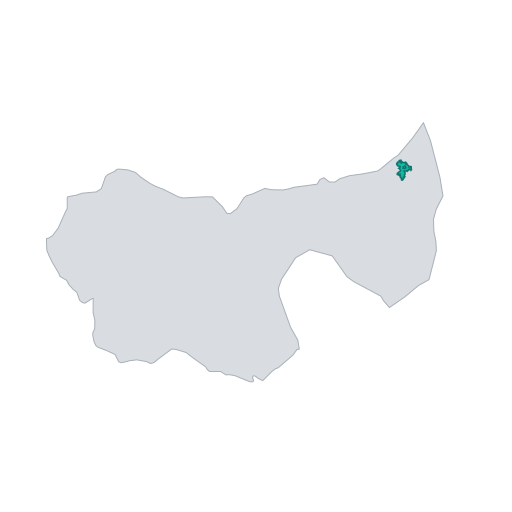 Priekules pag., Priekules, Latvia (highlighted), rotated 164°
{"feature_id": "27541924B37893488453851", "entity_name": "Priekules pag.", "entity_type": "district", "adm_level": 2, "iso_a3": "LVA", "parent_name": "Latvia", "parent_adm1": "Priekules", "projection": "mercator", "projection_center": [21.629, 56.464], "detail": "fine", "context": "in_parent", "style": "filled", "palette": "teal", "viewbox_px": 512, "rotation_deg": 164, "n_neighbors": 0, "source": "geoboundaries", "source_scale": "gbopen_adm2", "svg_char_len": 5212}
<svg xmlns="http://www.w3.org/2000/svg" viewBox="0 0 512 512"><g transform="rotate(164 256 256)"><path d="M366.2,377.7L363.4,377.2L355.5,374.1L348.8,369.5L344.9,363.4L338.0,355.1L333.5,350.8L326.4,345.4L314.5,334.4L310.2,331.9L289.2,327.1L281.6,324.9L274.6,312.4L272.3,305.1L268.9,303.8L265.1,305.3L261.1,306.8L251.6,315.3L248.5,316.5L242.6,316.6L228.9,318.5L222.7,315.4L211.8,312.0L205.9,311.5L200.7,311.6L177.6,308.2L173.4,311.9L169.1,312.5L165.0,306.9L159.8,305.3L154.1,307.2L143.8,307.4L131.5,305.6L115.9,304.2L113.6,304.8L96.3,312.3L92.0,313.5L73.2,326.1L58.3,337.9L56.5,319.0L57.5,281.1L59.7,262.2L70.0,251.1L75.2,242.5L78.2,230.9L79.1,220.2L81.2,211.3L96.2,185.6L108.0,182.8L124.1,175.7L142.0,169.7L145.5,177.3L147.2,183.1L168.8,204.1L174.3,211.1L182.7,235.1L202.7,247.2L218.4,243.4L225.2,237.5L237.8,226.7L243.5,218.7L244.6,211.0L242.4,177.9L239.0,163.5L240.1,154.5L242.3,154.9L247.7,150.6L265.3,142.5L268.8,142.1L272.8,140.5L283.9,134.3L287.5,137.6L290.4,141.3L292.1,141.4L292.9,140.0L292.6,137.6L293.4,135.9L296.6,136.8L309.4,146.9L314.4,149.3L317.7,150.0L321.8,154.7L332.7,157.9L334.1,160.3L334.9,163.3L345.2,176.1L349.8,182.5L358.9,188.4L362.8,189.8L378.7,183.8L383.2,181.7L386.9,181.7L390.6,184.8L399.1,189.0L406.9,190.3L408.3,190.1L414.8,190.5L417.1,192.1L418.6,200.2L426.1,206.6L433.0,211.8L434.7,214.3L435.3,218.9L434.8,224.4L434.0,227.2L431.1,230.5L428.6,238.7L428.2,246.5L424.2,260.0L425.1,260.2L433.5,257.8L435.8,259.2L437.7,262.1L438.3,270.6L441.0,274.3L443.8,280.2L444.7,284.8L450.0,290.3L450.4,293.8L453.6,306.2L454.9,313.4L455.5,318.9L453.9,325.9L452.5,330.6L450.8,330.3L446.0,331.6L438.5,337.3L427.3,350.6L424.4,353.6L421.5,363.7L420.8,364.8L414.2,364.3L412.5,364.0L405.9,364.3L391.7,361.6L386.1,363.4L378.9,373.6L376.1,375.1L367.7,376.5L366.2,377.7Z" fill="#d9dde1" stroke="#a8b0b8" stroke-width="1"/><path d="M95.4,305.1L95.3,304.9L95.3,304.6L95.3,304.4L95.2,304.3L95.2,304.2L94.8,303.6L94.8,303.4L94.2,303.2L93.8,303.1L93.6,303.0L93.1,302.6L92.9,302.5L92.7,302.4L93.1,301.5L94.0,301.3L94.7,301.0L94.2,300.4L93.7,299.9L93.8,299.5L93.6,299.2L93.4,298.4L93.5,298.3L93.8,298.2L93.8,297.9L94.1,297.6L94.3,297.6L94.5,297.5L95.7,297.3L95.7,297.2L96.0,297.0L96.3,297.0L96.4,296.9L96.2,296.7L96.4,296.3L96.7,296.4L96.9,296.3L97.0,296.4L97.1,296.5L97.3,296.5L97.3,296.4L97.4,296.2L97.1,296.3L96.9,296.0L96.7,295.9L96.7,295.7L96.8,295.5L96.8,295.2L97.2,295.1L97.2,294.9L96.9,294.7L96.9,294.8L96.6,294.9L96.1,294.8L95.6,294.9L95.5,294.5L95.4,294.4L95.2,294.4L95.2,294.7L94.9,294.8L94.9,294.6L94.9,294.4L94.9,294.2L94.9,293.9L95.4,293.7L95.6,293.5L95.6,293.4L95.6,293.1L95.3,293.0L95.4,292.7L95.4,292.4L95.5,292.5L95.6,292.4L95.6,292.1L95.6,291.8L95.4,291.6L95.1,291.5L95.0,291.4L94.8,291.1L94.8,290.7L95.0,290.5L94.9,290.0L95.1,289.7L95.1,289.4L95.1,289.0L95.1,288.9L94.7,288.9L94.3,288.6L94.2,288.6L93.7,288.9L93.8,289.0L93.7,289.2L93.7,289.3L93.5,289.5L93.3,289.9L93.2,289.8L92.9,290.0L92.7,290.0L92.4,290.1L92.1,290.2L91.9,290.4L91.7,290.5L91.6,290.8L91.8,291.0L91.7,291.0L91.4,291.1L91.2,291.2L91.1,291.3L91.3,291.4L91.5,291.4L91.6,291.5L91.4,292.0L91.2,292.3L91.2,292.5L91.0,292.8L90.8,293.0L90.9,293.3L90.3,293.7L90.2,293.6L90.0,294.0L89.9,294.4L89.9,294.6L89.9,294.8L89.7,295.1L90.3,296.8L89.3,296.7L88.6,296.6L87.9,296.5L87.6,295.9L87.1,296.1L87.0,296.3L86.8,296.3L86.7,296.3L86.7,296.2L86.6,296.3L86.5,296.5L86.4,296.5L86.3,296.4L86.2,296.5L86.1,296.4L86.0,296.5L85.9,296.5L85.7,296.8L85.6,296.7L85.5,296.8L85.3,297.0L85.2,297.1L85.1,297.3L84.8,297.4L84.7,297.3L84.8,297.2L84.7,297.1L84.5,296.7L84.4,296.6L83.3,296.0L83.3,295.8L82.8,296.2L82.6,296.5L82.8,297.0L82.7,297.4L82.6,297.5L82.5,297.8L82.4,298.2L82.4,298.3L82.3,298.6L82.2,298.9L82.9,298.9L82.9,299.4L83.2,299.4L83.6,299.7L84.0,299.4L84.3,299.4L84.2,299.5L84.2,299.8L84.2,300.1L83.9,300.4L84.1,300.3L84.5,300.4L84.5,300.5L84.5,300.8L84.8,301.1L85.3,302.1L85.6,302.5L85.5,302.9L85.5,303.0L86.6,302.6L86.7,302.8L86.6,303.3L86.6,303.5L86.4,303.6L86.2,303.7L86.1,304.1L85.9,304.4L85.9,304.5L86.2,304.8L86.3,304.6L86.5,304.3L86.8,304.0L87.1,304.5L87.1,304.9L87.4,305.0L88.2,305.1L88.4,305.2L88.7,305.2L88.8,305.2L89.1,305.8L89.3,306.0L89.6,306.3L89.7,306.5L89.8,306.5L90.0,306.5L90.0,306.1L90.1,305.9L90.1,305.6L90.3,305.3L90.9,305.3L91.1,306.0L91.4,306.1L91.4,306.3L91.4,306.5L91.5,306.7L91.5,306.8L91.3,306.7L91.0,306.7L90.8,306.8L90.8,307.0L90.5,307.1L90.6,307.5L90.3,307.8L90.2,307.7L90.2,307.9L90.2,308.0L90.4,308.0L90.5,308.1L90.8,308.3L91.0,308.4L91.6,308.3L91.7,308.2L91.8,308.2L92.0,308.2L92.3,308.0L92.4,307.9L92.6,307.2L92.9,307.2L93.2,307.2L94.4,307.0L94.6,306.8L94.7,306.5L94.5,306.4L94.4,306.5L94.4,306.4L94.5,306.4L94.5,306.2L94.5,306.3L94.5,306.2L94.5,305.9L94.8,305.9L95.0,306.0L95.1,305.9L95.1,305.7L95.1,305.4L95.3,305.5L95.3,305.4L95.3,305.2L95.4,305.1ZM88.4,301.5L87.7,301.0L87.6,300.9L87.8,300.7L87.8,300.4L87.8,299.9L87.7,299.8L87.8,299.7L87.9,299.3L88.1,299.5L88.2,299.4L88.7,299.2L88.8,299.1L89.0,299.1L89.5,299.3L89.9,299.5L90.0,299.6L90.3,299.7L90.4,299.8L90.5,299.9L90.4,300.0L90.2,300.3L90.2,300.5L90.0,300.8L90.0,301.0L89.9,301.0L89.9,300.9L89.7,301.0L89.6,300.9L89.6,301.0L89.4,301.0L89.2,301.0L88.8,301.1L88.6,301.2L88.7,301.3L88.4,301.5Z" fill="#14b8a6" stroke="#0f766e" stroke-width="1.5"/></g></svg>